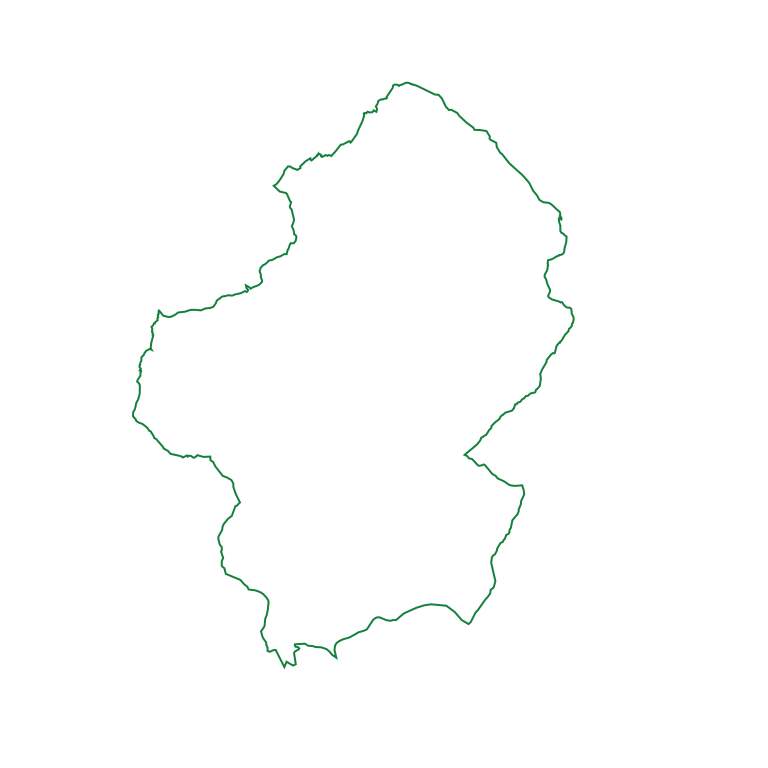 Tasca, Neamt, Romania (orthographic projection), rotated 238°
{"feature_id": "2599482B76124812753990", "entity_name": "Tasca", "entity_type": "district", "adm_level": 2, "iso_a3": "ROU", "parent_name": "Romania", "parent_adm1": "Neamt", "projection": "orthographic", "projection_center": [25.997, 46.881], "detail": "fine", "context": "isolated", "style": "outline", "palette": "green", "viewbox_px": 768, "rotation_deg": 238, "n_neighbors": 0, "source": "geoboundaries", "source_scale": "gbopen_adm2", "svg_char_len": 6166}
<svg xmlns="http://www.w3.org/2000/svg" viewBox="0 0 768 768"><g transform="rotate(238 384 384)"><path d="M436.4,624.2L447.4,621.2L450.1,619.9L453.9,615.3L458.0,613.3L462.4,613.7L469.2,612.9L477.2,613.7L480.2,613.4L487.7,612.1L504.8,607.2L516.9,605.9L518.2,605.1L525.1,605.2L529.1,607.0L534.9,603.6L536.2,603.6L537.8,604.9L544.2,604.9L548.3,600.3L551.7,595.3L554.2,595.6L561.5,592.6L571.6,589.9L575.0,589.8L581.0,586.3L581.9,584.3L586.3,583.4L595.3,584.4L600.2,583.6L602.6,580.5L618.3,570.7L622.0,568.0L622.3,567.1L623.9,566.4L624.3,565.6L625.9,564.9L627.8,562.5L628.5,557.1L629.1,556.2L628.8,554.7L630.7,553.9L632.4,551.5L632.3,549.9L630.6,548.4L626.0,538.3L625.0,538.0L624.9,537.2L625.8,535.4L625.9,533.9L626.9,532.5L627.1,529.2L624.9,526.8L623.8,524.3L620.9,523.8L618.9,521.8L621.5,520.2L621.0,519.7L620.7,518.0L622.2,515.3L623.6,514.3L623.0,512.2L624.2,511.2L624.1,510.3L621.7,509.0L618.5,505.2L612.3,495.7L610.6,494.0L606.6,484.5L606.5,483.5L607.8,483.7L608.4,483.1L609.0,475.8L609.9,474.2L606.9,466.0L605.3,460.1L606.5,459.5L607.6,458.1L607.4,457.0L609.2,455.6L609.2,452.1L610.3,451.3L610.8,452.0L612.0,452.0L613.5,450.9L613.2,449.4L613.9,449.9L612.7,446.2L612.0,441.0L613.3,440.6L614.4,441.1L614.5,435.9L613.0,428.3L611.4,427.6L611.5,424.0L615.7,420.8L617.9,419.9L619.4,418.0L617.7,412.7L615.1,409.8L612.0,403.2L610.5,398.9L610.5,395.5L602.4,397.6L598.0,402.0L596.7,402.4L589.3,401.3L587.5,401.6L584.3,398.1L582.5,397.8L581.2,398.2L571.2,394.9L568.7,392.5L566.7,389.5L562.1,388.8L558.6,387.2L556.6,388.0L554.7,387.4L552.3,385.1L551.1,382.1L552.8,379.4L552.2,378.2L549.0,374.3L548.9,373.6L545.7,370.2L547.0,368.3L547.2,363.7L548.2,360.4L548.4,355.2L549.7,351.7L549.1,349.9L548.6,346.5L548.9,344.5L547.9,341.0L545.3,338.1L542.4,337.7L539.4,336.0L537.0,335.7L535.4,334.9L534.4,331.5L534.6,328.1L535.5,324.5L535.5,321.4L537.3,321.1L540.8,319.2L538.1,318.2L535.7,318.6L534.8,317.2L534.8,316.4L536.4,315.4L536.9,310.8L539.0,304.7L539.1,303.2L539.8,301.5L541.8,299.0L542.7,295.9L543.9,293.3L543.3,286.3L541.6,284.2L539.9,280.1L540.7,276.6L542.8,272.4L543.4,267.9L547.3,262.7L549.4,259.1L550.7,253.7L553.7,247.4L553.4,243.2L553.9,239.1L555.0,236.7L558.9,233.0L564.8,232.3L565.6,232.0L565.4,231.5L562.6,229.8L562.6,229.0L561.4,228.1L560.5,228.1L559.4,226.3L558.0,225.9L557.7,223.0L556.8,221.8L557.3,221.2L556.2,219.4L555.6,217.0L553.8,216.9L551.2,214.9L550.4,215.2L549.3,214.3L548.1,214.4L547.6,213.5L547.1,213.7L542.6,208.8L539.7,206.4L537.7,205.0L536.3,205.0L537.9,203.9L538.1,200.0L537.3,197.7L535.8,195.3L535.2,192.5L532.6,190.7L530.2,187.6L529.4,187.4L529.3,186.4L527.5,185.6L526.0,185.9L525.1,184.3L524.7,185.1L523.4,184.8L523.3,184.0L520.1,181.8L518.3,177.7L516.8,175.9L514.2,176.6L512.0,176.1L505.1,171.6L501.1,167.2L499.4,164.1L494.8,159.6L493.0,156.4L489.8,154.1L485.2,154.7L484.1,154.3L481.8,155.2L477.9,158.1L472.2,160.1L468.8,160.1L467.7,161.0L461.6,161.0L460.0,160.5L457.9,161.7L447.2,163.3L446.2,162.9L441.9,165.3L437.8,166.0L432.0,172.0L429.6,174.1L428.2,174.6L427.8,179.0L426.5,179.0L426.7,180.3L425.1,182.3L422.4,183.4L421.9,185.5L422.6,187.9L417.9,192.2L414.5,198.2L411.4,196.5L408.4,197.8L403.2,197.3L391.4,198.6L387.8,201.4L383.3,203.7L379.5,203.5L376.3,201.6L369.1,200.0L359.9,199.1L358.8,194.5L359.2,193.3L352.9,185.2L352.3,180.2L350.4,174.5L348.8,171.8L346.0,169.4L342.3,162.7L340.3,161.4L334.8,159.6L331.8,160.0L329.1,158.5L328.2,157.0L321.6,155.4L319.7,152.5L315.7,150.0L312.2,151.0L306.8,149.2L293.9,158.4L288.4,159.3L284.5,160.7L281.5,160.3L276.9,165.8L273.0,168.8L270.2,170.1L265.5,171.1L262.3,171.2L260.4,170.7L254.1,165.8L250.2,162.1L248.0,159.0L241.9,154.3L239.3,148.6L233.2,146.8L227.1,147.1L225.4,146.0L221.9,145.5L219.4,143.8L217.4,145.2L216.9,149.2L215.9,151.2L196.8,149.5L200.1,154.2L193.5,157.6L193.1,160.7L203.6,165.2L204.4,166.7L204.1,170.8L204.7,172.0L206.4,171.6L208.2,169.7L209.6,169.8L210.4,170.6L205.7,179.3L202.2,181.0L199.5,184.7L197.3,186.5L193.8,191.4L189.7,194.7L185.9,196.0L181.9,196.5L177.2,198.5L184.8,201.1L188.2,204.0L189.5,206.6L189.7,209.6L189.3,213.6L187.4,220.2L186.9,230.9L185.4,236.2L185.0,239.5L189.8,249.9L190.0,252.8L189.9,254.0L188.6,256.5L182.3,261.0L179.7,264.1L179.0,266.8L177.4,269.1L178.8,278.3L178.8,280.3L177.1,292.8L174.9,301.1L172.2,307.2L162.9,319.4L153.1,323.2L142.7,324.8L135.6,328.5L136.2,331.5L141.8,340.8L142.3,343.3L147.5,355.7L148.2,358.5L150.1,363.0L152.9,365.4L153.3,369.1L157.8,374.0L175.4,380.1L179.6,383.4L180.7,385.5L180.8,388.0L183.1,391.7L184.5,392.8L187.4,398.5L187.2,401.1L188.6,403.4L188.5,404.2L191.2,407.7L190.9,410.0L191.7,411.8L192.6,412.1L194.3,413.9L194.5,415.0L200.5,420.8L202.8,428.2L204.8,430.9L206.2,431.7L209.3,436.1L212.1,438.3L216.0,444.3L219.6,446.1L224.8,447.5L228.3,440.9L230.8,437.8L232.6,436.5L237.9,434.2L243.7,430.4L246.9,430.0L250.2,428.2L262.0,426.6L263.0,425.7L263.3,423.5L264.2,421.4L265.1,420.6L273.8,418.9L275.8,416.7L278.9,416.3L281.2,414.8L283.4,430.8L285.1,435.6L287.0,438.1L286.6,439.8L287.0,441.3L286.7,443.6L289.3,449.0L289.8,451.6L291.5,453.0L292.7,458.4L293.1,463.5L294.0,464.3L295.0,467.2L294.8,468.2L295.4,471.5L293.6,478.3L294.6,481.4L297.2,484.4L296.6,485.9L297.3,487.3L296.7,490.4L297.7,492.7L297.7,495.7L298.6,498.0L297.7,499.7L298.4,502.9L296.8,507.8L298.6,510.0L298.6,511.3L299.8,515.1L305.8,520.1L309.6,521.7L312.5,525.7L316.4,533.3L318.1,534.7L320.5,541.2L320.7,543.6L319.7,544.7L319.8,545.3L324.8,550.5L326.0,553.6L325.8,555.3L326.4,555.5L326.7,557.6L329.8,563.5L331.0,568.3L332.8,570.2L332.9,571.9L333.9,574.2L335.6,575.6L335.6,576.3L337.0,577.9L339.1,579.6L340.4,580.2L343.9,580.4L348.3,582.6L350.4,581.9L351.5,580.1L352.8,579.2L355.8,578.4L358.9,578.4L359.7,577.5L359.7,576.8L360.8,576.5L366.6,571.3L370.1,569.7L371.7,569.8L374.1,573.4L375.9,574.8L382.0,575.5L387.3,577.0L389.6,576.9L391.6,578.3L393.5,581.9L395.4,584.0L397.7,585.7L397.7,586.1L399.6,586.7L402.1,588.8L401.1,591.5L400.7,594.5L400.8,597.4L400.2,600.5L400.6,600.9L399.6,602.9L399.6,605.1L400.7,606.9L403.4,609.0L407.7,613.7L412.3,617.0L414.9,615.9L416.8,615.6L418.0,614.6L420.3,614.6L424.9,617.5L428.6,618.4L431.8,620.0L431.6,620.6L429.5,621.5L430.0,622.1L431.6,622.6L433.4,622.0L433.9,623.1L436.4,624.2Z" fill="none" stroke="#15803d" stroke-width="2"/></g></svg>